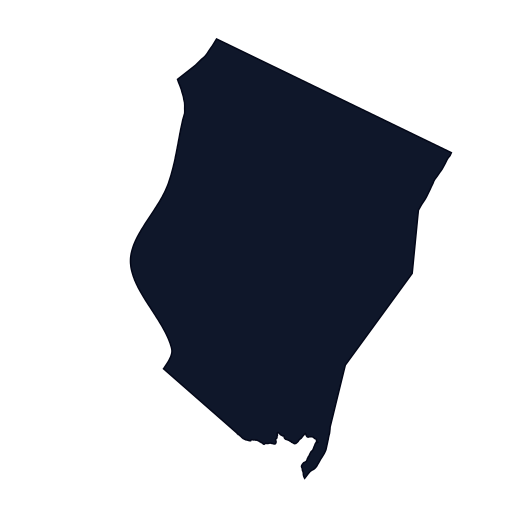 the district of Famatina, La Rioja, Argentina, rotated 206°
{"feature_id": "61730980B89547050111737", "entity_name": "Famatina", "entity_type": "district", "adm_level": 2, "iso_a3": "ARG", "parent_name": "Argentina", "parent_adm1": "La Rioja", "projection": "robinson", "projection_center": [-67.626, -28.654], "detail": "fine", "context": "isolated", "style": "filled", "palette": "ink", "viewbox_px": 512, "rotation_deg": 206, "n_neighbors": 0, "source": "geoboundaries", "source_scale": "gbopen_adm2", "svg_char_len": 5538}
<svg xmlns="http://www.w3.org/2000/svg" viewBox="0 0 512 512"><g transform="rotate(206 256 256)"><path d="M114.8,77.5L114.5,78.9L113.6,83.4L112.9,86.1L111.9,87.9L110.6,89.6L109.8,91.5L109.3,93.5L109.2,95.7L109.0,97.8L108.9,99.9L108.8,102.0L108.5,104.1L108.3,106.2L108.1,108.3L108.1,110.4L108.2,112.5L108.7,114.6L109.2,116.6L109.7,118.7L110.2,120.7L110.3,120.9L110.7,122.8L111.3,124.8L111.8,126.9L112.2,128.9L112.9,130.9L113.6,132.9L114.4,134.8L116.7,145.5L119.2,156.9L120.7,163.8L127.9,197.1L108.0,308.8L109.3,312.4L127.8,362.1L130.1,368.4L129.9,371.6L129.8,373.7L129.6,375.8L129.3,377.9L129.0,380.0L128.8,382.1L128.7,384.2L128.7,386.3L128.7,388.4L128.7,390.6L128.7,392.7L128.8,394.8L128.8,396.9L128.8,399.0L129.0,401.1L128.9,403.2L128.5,405.3L128.1,407.4L127.8,409.5L127.5,411.6L127.1,413.6L126.8,415.7L126.7,417.8L126.6,420.0L126.5,422.1L126.5,424.2L126.5,426.3L126.3,428.4L125.6,431.2L125.7,434.5L386.6,433.8L386.8,431.7L387.0,429.5L387.2,427.4L387.4,425.4L387.8,423.3L388.1,421.2L388.4,419.1L388.6,417.0L389.0,414.9L389.5,412.8L390.3,410.9L391.2,409.0L391.9,407.0L392.6,405.0L393.3,403.0L394.0,401.0L404.0,380.4L401.6,378.0L399.0,375.7L396.0,372.8L394.5,371.0L392.7,369.1L391.0,367.2L389.6,365.2L387.5,362.6L386.0,359.9L384.7,357.1L383.7,355.2L382.7,353.0L381.5,346.1L380.6,342.6L380.1,340.5L379.6,338.5L379.1,336.4L378.5,334.4L378.0,332.3L377.4,330.3L376.8,328.2L376.3,326.2L375.7,324.1L375.1,322.1L374.6,320.0L374.0,318.0L373.5,316.0L372.9,313.9L372.3,311.5L371.9,309.8L371.3,307.8L370.8,305.7L370.3,303.6L369.9,301.6L369.4,299.5L369.0,297.5L368.6,295.4L368.2,293.3L367.8,291.3L367.5,289.2L367.2,287.1L366.9,285.0L366.6,283.0L366.4,280.9L366.3,278.8L366.2,276.6L366.1,274.5L366.1,272.3L366.2,270.1L366.2,267.9L366.4,265.7L366.5,263.5L366.7,261.2L367.0,259.0L367.2,256.7L367.5,254.5L367.7,252.2L368.0,250.0L368.3,247.7L368.6,245.4L368.9,243.2L369.2,240.9L369.5,238.7L369.8,236.5L370.0,234.2L370.2,232.0L370.5,229.8L370.6,227.6L370.8,225.5L370.9,223.3L371.0,221.2L371.0,219.1L371.0,217.0L370.9,214.9L370.8,212.9L370.6,210.9L370.3,209.0L370.0,207.0L369.6,205.1L369.2,203.3L368.6,201.4L368.0,199.6L367.3,197.9L366.5,196.2L365.6,194.5L364.6,192.9L363.6,191.3L362.5,189.8L361.3,188.3L360.0,186.8L358.7,185.4L357.4,184.0L355.9,182.6L354.5,181.2L352.9,179.9L351.4,178.6L349.7,177.3L348.1,176.0L346.4,174.8L344.7,173.6L342.9,172.4L341.1,171.2L339.3,170.0L337.4,168.8L335.6,167.6L333.7,166.5L331.8,165.3L329.9,164.2L328.0,163.1L326.1,161.9L324.2,160.8L322.3,159.6L320.4,158.5L318.6,157.3L316.7,156.2L316.3,156.0L314.8,155.0L313.0,153.8L311.2,152.7L309.4,151.5L307.6,150.2L305.9,149.0L304.2,147.8L302.5,146.5L301.9,146.0L300.9,145.2L299.3,143.9L297.8,142.6L296.3,141.2L294.8,139.8L293.5,138.4L292.1,136.9L290.9,135.4L289.9,133.8L289.2,132.0L288.8,130.1L288.5,128.1L288.5,126.0L288.5,124.4L288.5,123.8L288.7,121.5L289.0,119.2L289.3,116.9L289.6,114.6L289.7,114.1L195.5,88.5L194.9,88.1L194.5,88.1L193.6,87.7L193.2,87.9L192.4,87.9L192.2,87.7L191.8,87.6L191.2,87.3L190.6,87.3L190.2,87.1L189.5,86.8L188.4,86.5L188.0,86.5L187.7,86.3L187.0,86.3L186.2,86.3L185.6,86.3L184.4,86.3L183.4,86.7L182.6,86.8L182.1,86.9L181.2,87.0L180.7,87.2L179.8,87.6L179.8,88.3L179.5,88.9L179.1,89.2L178.0,89.4L177.5,89.6L176.3,90.3L175.3,90.4L174.8,90.8L174.1,90.9L172.4,90.9L171.5,90.9L171.0,90.7L170.4,91.0L169.8,90.6L168.1,90.7L167.4,90.3L166.8,90.2L166.2,90.3L165.6,91.3L165.2,91.9L164.4,92.1L163.4,92.5L162.5,93.1L161.9,93.7L160.5,94.4L160.1,94.4L159.7,94.4L159.3,94.5L158.9,94.7L158.2,94.8L157.6,94.9L157.2,95.1L156.8,95.2L156.3,95.7L156.2,96.5L156.3,97.3L156.5,97.7L156.6,98.0L156.9,98.3L157.2,98.7L157.6,99.2L157.9,99.5L157.9,100.5L157.5,101.3L157.5,101.7L157.7,102.4L157.9,102.8L158.1,103.3L158.1,103.9L158.2,104.5L158.7,105.0L158.8,105.2L159.3,105.9L159.3,106.0L159.3,106.3L159.2,106.7L158.9,107.0L158.6,107.0L158.2,107.0L158.0,106.9L156.5,106.5L156.3,106.4L155.9,106.2L155.3,106.1L154.0,106.1L153.1,106.0L152.9,106.2L152.4,106.6L151.8,106.2L151.6,106.0L151.2,105.4L150.8,105.0L150.7,104.9L149.9,104.5L149.1,104.3L148.3,104.4L147.3,104.6L146.6,104.6L145.6,104.7L144.4,104.6L143.8,104.4L143.1,104.7L142.3,104.2L142.2,104.2L141.7,104.4L141.4,104.3L140.9,104.3L140.6,104.2L140.3,104.2L139.9,104.2L139.3,104.1L138.9,104.3L138.0,105.0L137.9,105.2L137.7,105.8L137.4,106.3L136.9,107.7L136.8,108.5L136.6,109.8L136.2,110.6L136.1,111.0L135.5,112.0L135.2,113.5L135.1,114.1L134.8,115.3L134.5,116.1L134.4,117.1L133.9,118.1L133.0,117.5L132.2,116.7L131.7,116.4L131.0,116.0L130.5,115.9L130.0,116.0L129.6,116.1L129.0,116.8L128.3,117.1L127.5,117.6L127.0,117.8L126.5,118.1L126.3,118.1L125.9,118.3L125.3,118.2L124.9,118.1L124.2,118.0L123.3,117.7L123.2,117.7L122.8,117.7L122.5,117.7L121.6,117.7L121.1,117.5L120.9,117.3L120.8,116.9L120.7,116.6L120.6,116.3L120.5,116.0L120.4,115.9L120.0,115.7L119.7,115.6L119.1,115.8L118.7,115.8L118.7,115.7L118.9,115.3L119.2,115.2L119.4,115.1L119.6,115.0L119.9,114.9L120.1,114.7L120.3,114.4L120.4,113.2L120.3,112.0L120.2,111.5L120.2,110.1L120.1,109.3L120.0,108.1L119.9,106.7L120.0,106.0L120.5,104.8L120.7,104.4L120.7,103.6L120.8,102.4L120.8,100.8L120.7,100.3L120.8,99.0L121.0,98.3L120.9,98.1L120.9,97.4L121.0,96.5L120.8,95.7L120.8,95.3L120.8,95.1L120.8,94.4L120.8,94.2L120.8,93.3L121.0,93.0L121.2,92.8L121.5,92.4L121.6,92.2L122.1,91.6L122.3,91.4L122.6,90.9L122.7,90.4L122.7,90.2L122.8,89.9L123.0,89.3L123.0,88.9L123.1,88.2L123.0,87.0L122.3,86.1L122.0,85.9L121.5,85.5L121.0,84.8L120.8,84.5L120.7,84.4L120.6,84.0L119.8,83.2L119.2,82.8L118.1,81.2L117.6,80.2L116.8,79.2L115.5,78.0L114.8,77.5Z" fill="#0f172a" stroke="#020617" stroke-width="1.5"/></g></svg>